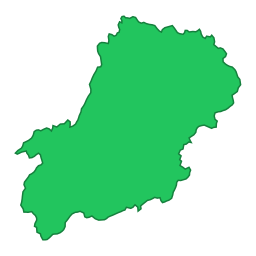 Bananal, São Paulo, Brazil
{"feature_id": "56859067B2046202210866", "entity_name": "Bananal", "entity_type": "district", "adm_level": 2, "iso_a3": "BRA", "parent_name": "Brazil", "parent_adm1": "São Paulo", "projection": "robinson", "projection_center": [-44.342, -22.736], "detail": "fine", "context": "isolated", "style": "filled", "palette": "green", "viewbox_px": 256, "rotation_deg": 0, "n_neighbors": 0, "source": "geoboundaries", "source_scale": "gbopen_adm2", "svg_char_len": 3515}
<svg xmlns="http://www.w3.org/2000/svg" viewBox="0 0 256 256"><path d="M141.0,208.8L140.6,205.9L147.4,200.4L150.2,199.7L152.7,198.5L154.7,197.4L157.3,198.1L160.0,197.7L161.0,200.7L162.5,202.6L164.8,201.9L166.5,201.0L168.9,200.2L171.6,198.3L172.7,195.0L173.2,192.2L174.3,190.2L175.6,187.4L176.4,185.1L176.7,182.3L178.2,180.3L180.7,180.5L183.4,179.7L186.1,178.9L188.0,177.1L189.5,175.0L189.6,172.7L190.6,170.1L189.0,167.3L185.2,169.1L182.9,167.3L180.0,165.5L181.5,161.2L179.7,159.7L181.1,155.9L178.6,153.8L180.3,150.1L183.0,149.0L183.8,144.6L186.2,144.1L188.8,142.0L191.2,142.5L190.0,140.3L189.1,137.9L191.2,136.5L193.8,134.8L195.8,132.3L196.2,129.7L197.4,127.6L199.0,126.3L201.8,125.5L204.3,125.1L211.6,128.3L213.6,127.4L216.2,127.1L216.4,123.4L217.2,121.1L215.0,119.3L214.2,116.0L215.0,112.9L218.1,111.8L220.8,111.5L222.9,110.6L225.5,109.8L228.0,108.2L229.9,106.5L232.3,104.8L233.6,102.9L233.3,100.7L232.5,97.7L232.1,95.2L234.6,93.5L237.3,91.5L238.3,87.8L240.6,84.7L239.8,79.5L237.7,76.8L236.8,74.0L236.0,71.6L234.9,69.7L232.3,67.1L229.6,66.4L227.7,65.5L225.5,64.1L223.1,61.8L223.0,58.5L225.5,56.6L226.5,53.8L225.0,51.6L222.9,48.9L220.3,47.9L218.3,48.4L213.8,44.6L214.6,41.8L213.9,37.8L211.7,35.2L210.3,36.9L206.6,36.2L205.2,38.4L202.7,37.0L201.2,34.0L200.6,31.3L199.4,29.3L197.6,30.8L195.7,31.8L192.9,31.5L189.2,32.0L187.1,30.4L185.2,30.4L184.6,32.6L183.1,34.3L179.6,33.7L177.4,32.6L176.1,30.7L174.4,28.2L172.3,25.6L169.6,26.4L164.9,27.7L162.4,29.6L161.4,32.1L159.3,31.0L157.2,28.8L154.8,25.6L152.2,24.8L149.2,24.4L146.3,23.6L143.8,22.4L141.2,23.2L138.6,21.9L137.4,20.3L135.6,17.5L132.9,16.7L129.7,18.4L127.6,17.9L125.6,17.8L124.0,16.2L122.0,16.6L120.9,18.6L121.9,20.6L121.8,22.8L119.6,21.8L118.2,24.9L118.8,27.4L119.7,29.4L119.1,32.2L117.3,33.0L116.2,35.3L114.1,36.2L111.9,34.6L109.2,33.9L108.3,36.4L108.9,40.5L108.3,43.5L106.3,43.1L104.5,42.7L101.7,42.5L99.6,43.3L97.4,46.1L97.5,48.7L97.7,51.1L98.6,53.6L100.5,56.6L101.0,59.9L101.7,64.7L100.7,66.8L97.6,67.2L96.1,70.9L93.9,74.6L92.2,78.2L91.1,81.1L89.5,84.4L90.9,89.3L90.8,92.7L88.3,96.3L86.5,99.7L84.8,103.7L83.7,105.7L81.5,108.8L81.0,111.9L79.3,115.6L78.7,117.6L77.9,120.0L76.6,122.0L75.6,124.1L72.7,126.2L69.9,127.1L70.2,124.4L70.1,121.8L67.8,120.0L64.3,123.8L60.3,124.1L56.8,127.0L53.0,125.6L52.7,128.1L51.4,131.0L49.2,128.9L46.6,128.0L43.4,129.4L40.8,130.8L38.4,129.9L36.3,130.2L34.2,131.6L33.2,135.3L31.6,138.1L28.6,140.4L25.8,141.8L23.6,142.8L22.7,146.0L21.4,148.2L17.9,150.5L15.4,153.1L17.3,154.1L19.5,153.1L21.5,152.1L26.2,151.0L26.9,153.1L28.5,155.2L29.4,157.9L32.0,157.6L34.4,156.3L36.1,154.8L38.4,153.2L40.4,154.7L41.1,157.7L41.9,160.2L42.7,163.1L41.0,164.9L38.5,165.7L36.5,167.9L35.5,170.0L34.0,172.0L31.8,173.7L29.6,174.8L28.3,177.1L24.5,182.1L24.0,184.7L25.5,188.2L23.0,191.8L22.4,196.4L22.2,198.7L21.7,202.1L20.8,205.1L23.2,208.9L23.9,212.1L26.0,212.1L27.9,212.3L31.7,211.6L33.4,213.7L35.4,215.5L36.6,217.9L36.7,220.1L35.0,223.5L34.5,226.3L36.6,227.4L37.0,232.2L40.4,233.8L41.0,236.3L42.9,239.8L45.1,239.8L47.1,239.5L49.4,237.7L52.8,234.3L54.7,234.0L57.1,233.9L60.1,232.7L62.0,231.3L63.7,229.6L65.1,226.6L65.2,222.5L66.7,220.7L68.0,219.0L69.9,216.3L72.1,213.9L75.3,212.3L77.5,212.1L80.1,211.3L83.8,213.0L84.8,216.8L86.7,217.7L89.0,217.3L91.9,216.0L95.3,218.8L98.7,220.1L100.6,220.0L104.5,219.7L106.5,218.6L108.1,217.1L110.0,216.2L112.8,215.1L116.3,213.5L118.8,212.4L121.0,211.6L122.9,210.6L124.9,210.0L126.4,207.3L130.8,208.3L133.0,207.2L135.0,204.8L137.8,207.2L138.1,211.1L141.0,208.8Z" fill="#22c55e" stroke="#15803d" stroke-width="1.5"/></svg>